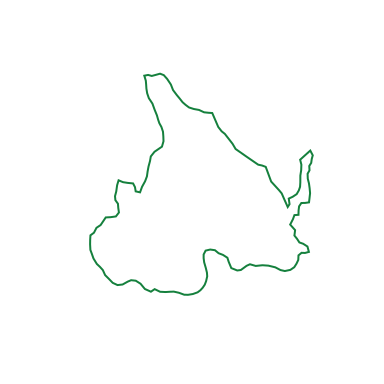 outline of Cruzeiro da Fortaleza, Minas Gerais, Brazil, rotated 323°
{"feature_id": "56859067B23178388269871", "entity_name": "Cruzeiro da Fortaleza", "entity_type": "district", "adm_level": 2, "iso_a3": "BRA", "parent_name": "Brazil", "parent_adm1": "Minas Gerais", "projection": "natural_earth1", "projection_center": [-46.666, -18.961], "detail": "fine", "context": "isolated", "style": "outline", "palette": "green", "viewbox_px": 384, "rotation_deg": 323, "n_neighbors": 0, "source": "geoboundaries", "source_scale": "gbopen_adm2", "svg_char_len": 2336}
<svg xmlns="http://www.w3.org/2000/svg" viewBox="0 0 384 384"><g transform="rotate(323 192 192)"><path d="M311.4,230.1L304.5,230.7L297.8,231.3L295.8,236.0L292.3,240.3L288.4,244.1L284.3,249.5L281.4,252.9L278.3,255.0L274.3,256.7L269.5,256.4L265.3,255.5L262.6,260.4L259.4,261.6L261.3,253.4L262.8,247.1L262.6,242.9L261.5,231.3L266.0,216.3L263.9,213.0L261.3,210.0L256.8,196.5L252.7,183.9L253.4,177.9L253.2,165.3L252.2,161.4L252.1,155.9L255.7,141.1L252.8,138.6L249.6,135.6L247.0,130.7L243.4,126.8L240.5,122.7L239.3,118.5L238.5,114.6L238.4,109.7L238.2,105.5L238.2,99.2L239.8,93.5L240.2,86.8L239.8,81.7L237.7,78.3L233.4,76.6L229.7,75.1L227.4,72.1L223.9,70.4L222.1,75.3L220.1,78.5L217.8,82.0L215.6,86.2L214.0,91.1L213.6,97.6L211.7,103.7L210.1,109.7L208.5,113.8L207.3,117.5L206.7,121.7L205.1,126.4L202.6,130.3L199.8,134.3L195.3,137.7L190.6,137.5L186.3,137.3L180.5,138.8L177.1,142.0L172.6,145.5L168.9,148.9L165.4,152.4L161.0,155.2L155.2,157.8L150.3,161.0L147.4,157.6L149.4,153.8L150.1,149.7L146.1,146.0L142.8,142.6L140.4,138.5L136.3,141.5L131.8,146.0L128.0,149.0L125.9,152.4L125.8,156.8L123.5,160.4L121.3,164.4L116.5,165.7L111.8,163.1L107.8,160.4L103.5,161.9L99.1,163.4L94.2,163.1L89.2,165.5L84.8,165.5L81.9,168.9L79.1,172.5L76.0,177.1L74.8,181.1L73.3,185.8L72.7,192.2L73.4,196.3L73.8,200.7L72.6,206.1L73.3,211.0L74.0,216.8L76.5,221.5L80.9,224.1L86.7,224.9L90.3,225.8L93.7,229.0L95.7,234.3L96.0,241.1L99.2,246.9L103.7,247.1L106.5,252.5L110.7,256.0L114.2,258.3L117.5,260.6L120.9,264.6L124.0,269.4L127.1,271.8L131.3,274.0L136.1,275.5L139.6,275.5L142.9,274.9L146.4,273.7L149.6,271.7L153.4,268.5L155.4,265.4L157.3,261.0L159.4,255.5L161.5,251.8L163.7,248.9L167.6,247.0L171.9,248.9L175.3,252.3L176.4,256.9L178.9,260.9L180.7,265.8L179.3,269.8L177.6,276.4L180.9,281.9L184.1,283.7L191.2,283.8L194.8,284.6L198.4,289.4L204.2,292.9L208.7,296.8L213.2,302.3L215.7,307.6L218.6,311.0L223.7,313.4L228.4,313.6L232.4,312.1L236.0,310.2L238.9,306.7L242.9,306.5L245.6,308.7L249.3,310.2L251.4,305.0L249.6,300.2L247.4,296.9L247.7,292.7L247.6,288.4L251.4,284.5L250.8,277.1L256.2,274.5L259.9,272.1L263.3,274.3L266.0,270.9L268.9,267.9L272.7,266.6L275.8,268.8L279.2,270.7L281.9,267.9L285.6,264.0L288.2,259.8L290.6,255.5L292.5,251.0L295.3,247.0L298.9,245.4L301.3,241.8L304.7,240.5L307.5,237.7L310.5,235.4L311.4,230.1Z" fill="none" stroke="#15803d" stroke-width="2"/></g></svg>